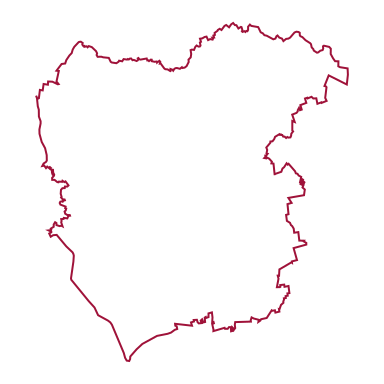 the district of Tres Valles, Veracruz, Mexico
{"feature_id": "50627088B63503421753996", "entity_name": "Tres Valles", "entity_type": "district", "adm_level": 2, "iso_a3": "MEX", "parent_name": "Mexico", "parent_adm1": "Veracruz", "projection": "natural_earth1", "projection_center": [-96.161, 18.292], "detail": "fine", "context": "isolated", "style": "outline", "palette": "rose", "viewbox_px": 384, "rotation_deg": 0, "n_neighbors": 0, "source": "geoboundaries", "source_scale": "gbopen_adm2", "svg_char_len": 5782}
<svg xmlns="http://www.w3.org/2000/svg" viewBox="0 0 384 384"><path d="M177.2,329.0L176.7,326.3L175.3,325.7L175.1,323.8L192.0,325.7L191.0,322.4L194.0,321.5L193.7,320.0L196.9,319.8L197.6,322.2L198.8,323.4L201.6,323.1L200.7,320.6L202.1,319.3L203.4,322.4L205.1,322.0L204.7,317.6L205.7,317.0L205.9,318.0L208.5,317.1L208.5,313.4L211.9,312.4L212.5,317.4L212.2,322.2L213.5,321.9L213.9,323.3L212.2,324.0L213.5,329.7L213.4,331.1L224.6,327.8L225.0,328.8L227.7,328.8L229.0,327.1L230.9,327.1L231.1,331.3L233.1,330.8L232.7,327.7L233.7,328.7L233.9,329.8L235.2,328.1L234.8,324.8L235.2,322.1L250.9,321.6L250.7,320.3L251.6,317.4L253.7,318.5L258.8,319.8L258.4,321.9L260.3,320.6L261.1,319.2L266.7,318.0L271.7,310.3L272.3,310.8L274.9,310.3L275.4,312.6L279.4,311.6L279.0,309.3L279.4,309.5L281.0,304.9L283.4,302.8L283.3,301.5L284.1,299.2L283.9,298.3L285.8,298.0L285.6,296.1L287.7,295.7L287.4,293.4L289.4,293.1L288.5,286.0L284.5,286.8L284.2,284.6L282.4,284.8L280.2,285.1L280.4,286.8L280.0,287.1L276.9,287.2L278.5,278.7L277.7,275.6L278.7,275.5L279.0,276.7L279.4,269.4L291.5,262.3L292.0,262.7L291.9,261.4L297.0,260.1L293.6,248.1L306.3,244.6L306.3,242.9L303.7,241.4L304.1,240.7L299.3,240.6L298.3,232.1L294.2,232.7L293.7,228.6L292.2,226.1L290.9,225.0L290.0,222.8L286.9,220.9L286.1,214.9L288.5,214.2L287.5,204.1L291.6,202.9L288.4,197.9L304.0,195.2L304.8,189.5L302.5,187.5L303.5,185.1L303.1,184.9L304.4,182.3L303.4,181.3L301.8,184.7L300.6,184.1L303.0,179.7L301.9,179.0L299.8,183.3L301.2,176.9L298.6,175.5L297.5,173.8L295.8,173.3L295.1,171.3L288.6,163.8L287.7,164.6L286.6,163.3L284.1,167.2L282.5,168.5L281.3,171.8L274.6,174.1L274.7,175.2L273.5,163.6L271.4,163.4L271.9,161.7L269.2,158.7L266.9,157.5L266.3,158.4L264.3,158.0L265.6,156.6L265.4,155.8L266.0,155.9L267.6,153.8L266.5,153.5L267.2,149.9L266.3,147.5L270.3,142.8L270.4,141.5L272.5,141.3L274.2,139.1L275.1,136.8L279.4,134.2L279.8,134.8L280.8,134.4L281.1,135.0L282.3,135.0L283.2,136.6L284.6,136.6L286.1,138.0L287.3,137.0L288.3,137.6L290.4,137.4L291.1,135.8L291.3,133.7L293.1,131.4L292.3,130.5L292.3,121.0L294.7,122.0L292.2,114.6L296.5,112.9L297.7,111.4L297.8,110.1L299.0,107.9L300.0,110.2L301.7,109.6L300.4,105.1L306.3,102.9L305.0,98.5L307.4,97.7L307.7,98.4L311.5,96.8L313.3,98.5L316.3,98.3L317.4,103.8L321.4,102.3L321.6,102.9L326.6,100.9L325.2,97.9L326.5,87.2L325.9,86.4L324.5,86.0L328.7,75.4L346.8,84.5L347.9,74.7L347.6,68.4L340.0,67.2L338.3,66.3L338.4,61.3L335.1,61.2L333.1,58.4L330.7,54.0L330.8,48.7L329.2,46.9L323.9,45.7L323.0,46.3L323.2,48.6L322.6,50.1L320.3,50.7L318.2,52.4L317.0,52.7L313.8,50.6L313.3,49.1L311.7,47.4L311.0,44.2L310.2,43.2L305.5,40.2L302.4,37.1L300.4,36.2L299.8,35.3L299.7,32.7L298.5,32.0L296.4,31.7L294.5,32.5L290.1,37.6L288.4,38.6L286.1,38.9L283.4,41.1L282.0,38.6L279.3,37.6L277.5,35.5L276.5,36.2L275.4,38.6L273.3,39.3L266.7,35.7L264.4,35.2L262.8,33.3L260.7,32.3L258.2,27.1L251.3,25.9L249.9,24.6L248.1,26.7L248.1,29.9L247.4,31.2L246.4,30.9L245.4,32.0L244.5,31.2L242.5,31.9L241.9,31.2L242.5,30.4L241.5,27.1L240.9,26.9L238.4,28.5L236.4,25.2L234.9,25.1L233.1,23.0L231.2,24.3L229.1,27.3L226.2,25.0L224.5,25.9L221.5,30.0L219.7,28.8L217.8,30.0L217.5,30.8L214.6,32.9L214.9,34.9L213.4,35.5L214.1,37.5L212.4,37.6L213.1,38.5L212.6,39.6L210.1,39.1L208.1,40.1L206.5,36.6L204.6,37.0L202.2,38.4L200.0,38.7L201.0,41.8L199.9,42.5L200.5,45.6L199.8,46.5L198.5,46.6L196.6,45.5L195.3,46.9L194.0,49.9L191.9,49.6L190.6,50.1L191.2,54.0L190.7,57.4L188.5,59.6L188.7,62.0L186.6,66.1L184.7,67.6L182.4,68.0L181.9,67.2L179.9,68.8L176.9,68.0L175.5,68.2L174.4,68.8L173.2,70.7L172.4,69.7L170.5,69.0L170.6,70.9L170.3,71.1L167.6,69.4L165.3,69.2L164.3,68.5L160.5,63.3L159.9,63.5L160.3,61.9L159.4,60.8L157.2,62.5L157.2,61.7L156.6,61.5L154.7,61.8L151.8,61.2L151.7,59.7L150.8,59.6L149.0,61.1L148.0,60.2L147.3,60.4L146.7,58.5L140.5,59.6L139.4,59.3L138.4,58.0L137.9,58.3L138.4,58.8L137.8,60.3L136.6,61.0L133.8,59.9L132.5,60.2L131.1,58.5L129.8,58.6L128.8,59.5L127.8,59.0L127.1,59.6L123.6,59.1L122.2,61.3L119.1,60.7L118.6,61.7L116.4,63.2L111.8,62.5L110.7,61.8L108.8,57.9L103.1,57.3L101.3,56.7L97.6,56.8L96.6,55.0L97.1,53.3L96.0,51.1L91.8,47.1L88.8,46.1L87.6,47.3L86.7,46.3L84.4,46.8L84.3,45.9L83.2,45.9L82.3,44.6L82.7,43.0L80.8,41.7L79.8,41.8L78.7,42.1L74.3,46.8L72.7,49.6L71.7,53.1L69.4,55.5L66.3,60.1L65.2,63.5L61.6,64.0L56.5,70.7L58.8,71.0L56.5,81.5L58.6,84.1L57.8,84.3L52.4,81.7L48.1,81.5L47.9,84.7L43.6,84.0L42.7,90.4L39.9,89.9L38.9,98.2L37.5,98.9L36.1,95.7L37.0,98.4L37.8,106.3L38.8,109.7L38.9,116.6L40.6,121.2L40.6,123.5L39.4,129.5L39.5,133.8L41.7,141.9L45.1,148.2L46.7,155.1L46.8,160.6L45.9,162.0L43.6,163.5L42.3,166.0L44.2,165.6L46.0,168.1L47.2,166.6L48.4,167.7L49.8,167.0L50.8,167.9L49.6,168.5L50.0,169.0L51.5,169.9L53.0,169.9L53.2,173.0L52.4,171.1L51.9,171.4L52.0,172.8L52.7,174.8L53.1,175.0L53.9,174.0L54.2,174.6L54.0,175.7L52.1,177.9L52.2,179.9L54.6,179.9L57.3,182.1L58.5,182.3L58.9,181.6L62.2,181.8L62.5,180.8L64.4,182.1L65.5,181.4L68.5,185.4L67.4,186.5L64.9,186.5L64.7,188.1L62.4,188.2L61.0,189.8L60.7,193.8L61.6,196.9L61.1,197.5L62.7,199.3L64.6,199.5L64.9,200.3L63.4,200.7L62.7,201.7L62.0,201.3L60.3,201.7L59.7,203.0L60.4,204.6L65.6,206.6L65.2,208.2L66.2,208.6L65.7,210.5L64.6,211.5L65.2,213.7L67.3,215.0L69.8,215.1L70.0,215.7L68.4,215.9L67.3,218.4L63.8,217.9L63.6,218.9L61.2,219.1L61.6,221.0L61.2,222.3L62.5,226.3L61.4,225.7L59.6,226.1L56.5,225.1L56.4,223.0L55.1,222.2L53.7,224.5L53.7,226.8L50.8,228.6L51.3,229.6L51.1,230.1L48.6,230.4L51.3,231.7L51.3,232.3L49.2,233.5L50.7,236.7L53.2,235.2L56.7,234.9L66.3,246.4L72.6,252.4L73.4,254.0L73.8,255.7L73.4,261.6L71.0,278.4L71.3,279.8L88.7,301.1L94.5,307.5L98.1,315.2L108.0,320.6L110.3,322.4L111.9,324.7L123.8,353.0L125.1,357.8L126.7,360.6L129.2,361.0L130.1,359.1L130.3,356.5L136.6,349.3L142.4,343.9L157.0,335.9L167.6,333.8L171.0,332.6L174.8,329.8L177.2,329.0Z" fill="none" stroke="#9f1239" stroke-width="2"/></svg>